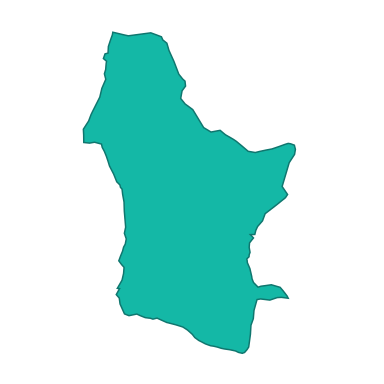 the district of Olamaboro, Kogi, Nigeria, rotated 267°
{"feature_id": "59680162B45171834970391", "entity_name": "Olamaboro", "entity_type": "district", "adm_level": 2, "iso_a3": "NGA", "parent_name": "Nigeria", "parent_adm1": "Kogi", "projection": "orthographic", "projection_center": [7.511, 7.182], "detail": "fine", "context": "isolated", "style": "filled", "palette": "teal", "viewbox_px": 384, "rotation_deg": 267, "n_neighbors": 0, "source": "geoboundaries", "source_scale": "gbopen_adm2", "svg_char_len": 2278}
<svg xmlns="http://www.w3.org/2000/svg" viewBox="0 0 384 384"><g transform="rotate(267 192 192)"><path d="M335.1,115.4L334.5,112.4L329.9,110.5L327.1,113.5L324.7,113.0L318.8,112.2L314.6,110.7L309.1,111.8L300.2,107.4L291.6,104.9L278.3,97.3L274.7,95.3L268.3,92.5L260.4,86.8L254.3,86.8L247.1,86.5L246.2,92.3L246.8,97.3L244.6,104.1L241.2,104.7L237.2,106.6L232.3,108.3L227.0,109.8L222.2,111.0L214.0,114.7L206.1,117.4L202.8,120.4L200.4,120.8L198.5,122.3L193.3,122.6L185.6,123.6L176.4,123.4L167.0,123.7L160.3,123.9L154.3,122.3L148.6,123.9L143.4,122.6L140.5,120.8L136.4,119.5L132.0,117.4L127.1,115.3L123.2,117.9L120.3,120.2L114.2,119.4L107.6,117.5L99.7,112.4L99.3,114.6L93.5,111.0L89.9,113.8L83.9,114.3L73.8,118.2L71.8,122.6L73.0,130.5L71.3,133.7L69.0,138.7L68.3,142.6L68.2,143.6L67.1,146.3L67.9,150.5L65.5,155.1L62.9,160.2L62.8,160.8L60.2,169.0L57.7,175.7L54.4,180.3L49.8,184.9L46.5,187.2L43.4,191.0L39.6,197.5L37.5,202.5L36.9,205.5L35.8,209.3L34.4,213.0L33.6,216.0L32.5,221.6L31.0,227.1L29.4,230.0L28.3,233.8L29.0,236.1L31.7,238.7L34.2,240.5L46.9,242.9L55.8,243.9L62.3,246.6L70.5,247.7L81.2,251.3L81.6,254.9L80.0,264.1L82.1,271.6L82.1,275.8L80.9,282.5L83.2,281.5L88.7,277.7L92.2,275.0L93.0,272.7L95.2,266.4L94.9,263.0L94.6,259.7L94.3,255.9L93.5,253.0L98.4,248.7L99.8,248.2L102.3,247.4L104.6,247.2L106.3,246.9L112.5,245.8L117.4,244.0L118.4,243.6L120.0,243.5L120.7,243.5L122.1,243.2L122.7,243.7L123.6,244.7L123.9,245.2L124.4,245.5L124.6,245.6L126.3,245.8L128.7,246.8L133.7,246.2L138.2,246.8L140.1,248.5L140.5,248.8L142.9,251.0L146.4,248.0L146.3,252.5L150.3,253.7L154.1,255.7L159.5,260.9L166.5,263.9L167.2,264.9L174.9,276.0L178.1,280.4L181.4,285.0L184.5,287.3L192.8,282.3L216.2,290.6L224.2,296.4L229.2,297.5L232.2,296.9L233.4,296.7L235.0,293.0L235.5,290.6L234.7,287.4L232.9,281.5L230.8,274.1L230.0,268.2L228.9,261.3L228.1,257.3L229.7,250.2L235.5,244.1L237.6,241.8L240.2,239.0L242.4,236.1L247.4,228.4L249.5,226.1L251.3,224.2L252.1,223.3L250.9,214.1L255.7,207.0L274.2,197.1L280.3,189.7L286.0,185.6L293.6,187.4L298.1,191.1L303.1,190.8L305.3,188.6L310.3,185.0L323.3,180.8L334.6,176.4L341.9,174.7L345.4,170.8L348.6,169.6L351.1,163.9L353.1,159.2L351.3,136.6L352.3,132.9L355.7,121.3L353.1,120.7L348.6,118.8L341.7,116.1L335.1,115.4Z" fill="#14b8a6" stroke="#0f766e" stroke-width="1.5"/></g></svg>